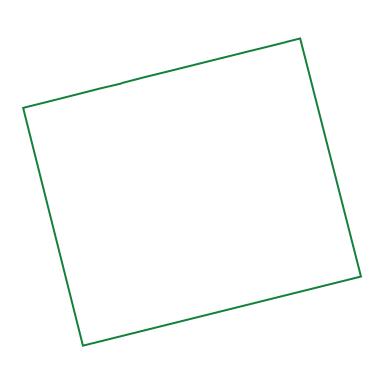 Greeley, Kansas, United States of America, rotated 76°
{"feature_id": "52423323B71873667650534", "entity_name": "Greeley", "entity_type": "district", "adm_level": 2, "iso_a3": "USA", "parent_name": "United States of America", "parent_adm1": "Kansas", "projection": "mercator", "projection_center": [-102.007, 38.481], "detail": "fine", "context": "isolated", "style": "outline", "palette": "green", "viewbox_px": 384, "rotation_deg": 76, "n_neighbors": 0, "source": "geoboundaries", "source_scale": "gbopen_adm2", "svg_char_len": 413}
<svg xmlns="http://www.w3.org/2000/svg" viewBox="0 0 384 384"><g transform="rotate(76 192 192)"><path d="M69.2,104.1L69.2,126.2L69.2,141.2L69.2,151.0L69.2,164.2L69.2,176.1L69.1,210.2L69.3,232.5L69.6,235.0L69.3,255.6L69.5,302.8L69.5,331.3L69.6,335.5L314.7,335.0L314.9,48.5L69.2,49.9L69.2,55.8L69.2,57.0L69.2,64.6L69.3,64.8L69.3,68.3L69.2,104.0L69.2,104.1Z" fill="none" stroke="#15803d" stroke-width="2"/></g></svg>